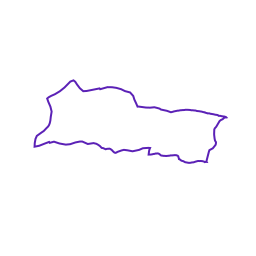 Koubia, Mali, Guinea, rotated 59°
{"feature_id": "49546643B77076064318361", "entity_name": "Koubia", "entity_type": "district", "adm_level": 2, "iso_a3": "GIN", "parent_name": "Guinea", "parent_adm1": "Mali", "projection": "equal_earth", "projection_center": [-11.645, 11.768], "detail": "fine", "context": "isolated", "style": "outline", "palette": "violet", "viewbox_px": 256, "rotation_deg": 59, "n_neighbors": 0, "source": "geoboundaries", "source_scale": "gbopen_adm2", "svg_char_len": 3305}
<svg xmlns="http://www.w3.org/2000/svg" viewBox="0 0 256 256"><g transform="rotate(59 128 128)"><path d="M197.5,78.1L197.4,78.1L196.3,77.3L189.9,70.8L188.9,69.6L189.1,65.8L187.6,61.7L186.8,60.8L185.5,59.9L183.6,59.9L181.6,59.2L178.3,57.7L177.4,57.2L173.7,54.8L173.0,53.8L172.4,51.8L171.6,50.3L171.1,49.4L169.2,45.9L169.0,44.3L169.2,42.4L168.7,39.6L169.5,38.6L169.6,38.3L169.1,38.4L168.6,38.8L168.3,39.1L167.8,39.5L167.6,39.8L167.4,40.1L167.1,40.4L166.7,40.9L166.4,41.3L166.0,41.8L165.5,42.2L165.0,42.8L164.7,43.3L164.2,44.1L163.7,44.2L163.2,44.4L162.7,44.9L161.9,45.9L161.7,46.2L161.4,46.5L160.7,47.2L160.2,47.7L159.5,48.5L159.3,48.8L158.8,49.3L158.2,50.1L157.9,50.3L157.2,50.9L156.8,51.7L156.5,52.2L156.3,52.4L155.9,52.6L155.7,52.9L155.2,53.4L154.6,53.8L154.1,54.1L154.0,54.5L153.6,54.7L153.3,55.1L152.8,55.6L152.5,55.9L152.0,56.3L151.6,56.8L151.0,57.5L150.6,58.0L150.3,58.3L150.0,58.7L149.5,59.4L148.9,60.2L148.3,60.7L147.8,61.1L147.2,62.0L146.6,62.8L146.1,63.4L145.5,64.5L144.6,65.4L144.1,66.1L143.5,67.0L142.8,68.0L142.0,69.3L141.7,70.2L141.1,71.4L140.7,72.1L140.4,72.8L139.9,73.7L139.5,74.7L139.1,75.9L138.7,76.5L138.4,77.4L138.0,78.5L137.7,79.4L137.4,80.2L137.2,81.2L136.9,82.1L136.6,83.1L133.3,85.8L129.1,90.3L127.7,90.9L125.8,92.7L123.8,94.7L122.0,98.5L119.7,102.1L114.9,108.1L114.6,108.8L110.8,108.3L106.9,107.9L103.2,107.0L98.6,107.9L94.8,111.6L91.2,113.9L87.6,117.3L84.9,120.6L82.4,124.6L80.4,131.9L79.4,132.0L77.3,137.9L75.0,144.3L73.4,147.4L69.1,148.8L64.4,149.3L61.2,149.4L59.1,150.2L58.5,153.5L60.6,161.6L61.4,167.5L61.4,173.3L60.9,177.2L60.8,180.2L61.1,182.1L64.4,182.8L69.7,183.5L74.6,185.0L78.6,188.4L81.6,190.7L83.6,192.6L84.9,194.3L85.6,195.8L86.1,197.9L87.2,201.8L87.3,204.1L87.8,210.2L89.7,212.9L92.9,215.7L95.9,217.7L96.7,215.5L97.5,213.2L98.5,207.2L99.2,203.4L99.3,202.8L100.4,202.7L101.6,198.5L106.0,194.7L110.2,189.9L112.1,185.9L113.3,180.5L114.8,176.3L116.0,174.2L121.0,170.7L123.2,165.3L125.3,163.2L127.3,162.1L129.2,161.3L130.7,161.0L131.5,160.8L132.0,160.2L132.4,159.7L134.7,158.1L135.0,156.9L135.1,156.6L135.6,155.8L135.7,155.4L136.2,154.5L137.1,153.8L137.7,153.6L138.2,153.4L138.9,153.1L139.4,153.0L140.0,153.0L140.7,152.7L141.3,152.6L141.8,152.4L142.3,152.0L142.7,151.8L142.9,151.2L143.1,150.5L143.0,149.7L143.1,149.1L143.9,145.1L144.6,142.8L146.8,140.0L150.3,136.1L152.5,129.7L153.0,125.7L155.5,120.8L156.5,119.4L157.4,120.6L158.6,121.8L161.4,124.0L161.8,123.3L162.2,122.7L162.4,122.3L162.8,121.4L163.1,120.6L163.3,119.8L163.6,119.1L163.9,118.5L164.0,117.7L164.5,116.9L164.7,116.3L164.9,116.0L165.1,115.6L165.5,115.2L166.0,114.8L166.4,114.6L167.1,114.3L168.2,114.0L168.7,113.7L169.3,112.9L170.0,112.1L170.5,111.4L171.2,110.3L171.7,109.7L172.0,108.9L172.5,108.0L172.8,107.2L173.2,106.5L173.5,105.4L174.2,104.4L174.5,103.6L175.0,102.7L175.3,101.9L175.8,101.2L176.4,100.4L176.8,100.2L177.3,99.7L178.1,99.5L178.8,99.7L179.4,99.9L180.0,100.0L180.9,100.3L181.2,99.9L181.8,99.8L182.2,99.5L182.5,99.4L183.0,99.3L183.3,99.1L183.8,98.8L184.3,98.3L184.7,97.9L185.2,97.5L186.0,97.1L186.8,96.6L187.3,96.0L188.0,95.2L188.9,94.2L189.4,93.5L190.0,92.3L190.5,90.8L191.2,89.5L191.4,88.5L191.6,87.5L192.0,86.1L192.2,85.3L192.7,84.4L193.3,83.5L193.8,82.5L194.3,81.9L194.9,81.1L195.6,80.5L196.5,79.7L196.8,79.7L197.2,78.5L197.5,78.1Z" fill="none" stroke="#5b21b6" stroke-width="2"/></g></svg>